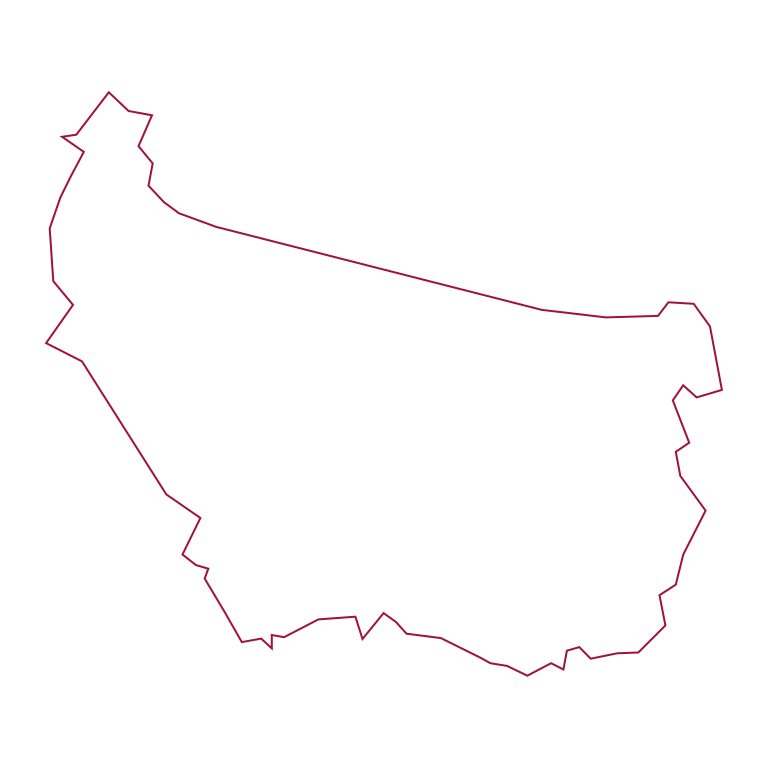 outline of Kato Pyrgos, Nicosia, Cyprus
{"feature_id": "46923920B71090435504191", "entity_name": "Kato Pyrgos", "entity_type": "district", "adm_level": 2, "iso_a3": "CYP", "parent_name": "Cyprus", "parent_adm1": "Nicosia", "projection": "natural_earth1", "projection_center": [32.685, 35.18], "detail": "fine", "context": "isolated", "style": "outline", "palette": "rose", "viewbox_px": 768, "rotation_deg": 0, "n_neighbors": 0, "source": "geoboundaries", "source_scale": "gbopen_adm2", "svg_char_len": 932}
<svg xmlns="http://www.w3.org/2000/svg" viewBox="0 0 768 768"><path d="M182.5,554.5L195.9,565.1L208.3,568.7L204.7,578.6L225.0,612.6L241.8,642.1L261.2,638.6L271.8,648.4L271.8,635.0L284.0,637.2L318.4,619.4L355.4,616.7L362.5,639.0L383.6,613.1L396.0,622.0L406.5,633.7L440.9,638.1L480.6,657.8L490.3,663.2L507.0,665.9L527.3,675.7L551.1,663.2L563.4,669.5L566.9,650.7L579.3,647.1L590.7,658.7L617.2,653.3L638.3,652.5L665.4,625.4L659.5,595.2L675.8,584.6L683.3,554.4L705.6,510.6L680.3,475.9L675.8,451.8L689.2,442.7L672.8,400.4L683.2,385.3L696.6,397.4L721.9,389.9L710.0,326.5L693.7,303.8L668.4,302.3L658.0,315.9L605.9,317.4L541.9,309.9L216.2,226.9L179.0,213.3L164.0,202.2L148.5,185.7L152.7,163.4L138.5,146.2L152.0,115.3L128.6,111.0L108.8,92.3L76.3,134.7L62.1,136.8L83.8,151.9L71.2,175.6L60.4,197.4L49.7,228.4L53.3,281.2L73.0,304.9L46.1,343.1L82.0,361.4L166.3,494.4L200.4,518.0L182.5,554.5Z" fill="none" stroke="#9f1239" stroke-width="2"/></svg>